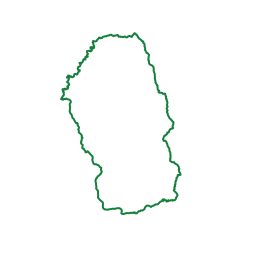 Fak Tha, Uttaradit, Thailand (orthographic projection), rotated 129°
{"feature_id": "78962969B71814319942483", "entity_name": "Fak Tha", "entity_type": "district", "adm_level": 2, "iso_a3": "THA", "parent_name": "Thailand", "parent_adm1": "Uttaradit", "projection": "orthographic", "projection_center": [100.869, 18.015], "detail": "fine", "context": "isolated", "style": "outline", "palette": "green", "viewbox_px": 256, "rotation_deg": 129, "n_neighbors": 0, "source": "geoboundaries", "source_scale": "gbopen_adm2", "svg_char_len": 5833}
<svg xmlns="http://www.w3.org/2000/svg" viewBox="0 0 256 256"><g transform="rotate(129 128 128)"><path d="M146.0,53.4L145.8,54.0L145.1,54.3L144.7,54.8L143.6,54.7L142.8,55.8L141.7,55.8L140.2,57.2L139.3,57.3L138.7,57.8L137.8,57.8L137.0,58.2L136.4,58.9L134.5,58.8L133.7,59.5L133.2,59.7L132.9,59.5L131.6,57.9L131.3,57.8L130.9,58.1L130.1,59.3L130.0,60.3L129.6,60.9L128.3,62.4L127.5,62.4L127.3,63.1L126.2,64.2L126.1,65.0L125.5,66.3L126.0,68.7L125.9,69.3L126.0,70.0L125.6,70.6L126.9,72.4L126.9,73.4L127.1,74.1L127.0,74.5L126.4,75.2L125.2,75.6L125.0,76.2L124.2,76.4L122.8,77.3L122.5,78.0L120.6,79.5L119.7,81.3L117.9,83.1L117.7,84.0L117.3,84.8L117.3,85.5L115.5,87.8L115.3,88.6L114.6,89.7L114.5,91.1L115.5,92.2L114.7,93.6L111.7,94.8L110.9,94.4L110.2,94.6L109.2,94.0L108.0,93.9L106.8,94.6L106.1,93.7L105.8,93.6L103.8,94.3L102.6,94.4L101.8,94.3L100.3,93.0L99.9,92.9L99.4,93.1L99.2,93.9L98.3,94.7L96.3,95.3L95.0,96.3L94.8,96.7L95.0,97.4L94.5,98.4L94.7,99.1L94.3,99.8L94.3,101.2L94.1,102.4L93.6,103.1L93.3,104.1L92.3,105.9L91.6,106.5L91.2,107.6L90.5,108.2L89.5,108.2L88.8,109.7L88.4,110.2L87.7,110.5L86.5,110.6L85.9,112.0L83.5,113.3L82.2,115.0L81.9,115.8L81.2,116.2L81.2,117.1L79.6,118.1L79.5,118.9L78.1,120.6L78.5,121.6L79.4,122.1L79.4,123.7L79.9,124.8L80.8,125.9L80.9,126.4L80.8,126.9L79.5,127.3L79.5,128.7L79.3,129.2L77.2,131.3L76.6,131.5L76.6,132.2L76.2,132.8L75.3,135.4L74.4,136.0L72.6,138.4L71.7,138.9L70.5,140.2L69.4,140.9L67.5,143.9L66.9,144.5L66.0,145.0L65.5,145.7L64.7,146.4L64.5,146.9L64.3,148.6L64.9,151.2L64.5,152.2L63.8,153.1L62.8,153.7L62.6,154.7L62.1,154.9L61.4,155.8L60.5,156.1L59.5,157.0L58.3,157.4L57.9,157.8L57.5,159.8L57.9,161.0L56.9,162.9L56.7,163.9L55.2,164.8L54.1,166.6L52.2,168.2L52.2,169.9L51.3,170.4L51.2,170.7L51.7,171.7L51.3,173.4L51.5,175.3L51.4,176.2L51.2,176.6L51.2,177.3L50.5,178.4L50.4,178.9L50.5,179.6L50.0,180.2L50.3,181.3L50.1,181.9L50.3,182.6L51.7,182.7L52.2,182.5L53.4,182.8L54.4,182.3L54.9,182.5L55.5,184.8L56.8,185.6L57.8,185.6L58.3,185.9L58.7,186.7L58.8,187.9L59.1,188.3L60.1,188.7L61.2,190.4L61.7,190.8L61.9,191.9L62.8,192.4L62.9,193.1L62.5,193.6L62.2,194.5L63.1,195.3L63.9,195.7L64.4,196.4L65.8,197.2L65.8,198.0L66.1,198.7L66.1,199.7L66.9,200.6L68.1,201.0L68.8,201.9L70.6,202.8L71.1,203.5L72.8,204.7L73.5,205.0L74.3,204.9L74.7,205.1L75.2,205.7L75.2,205.9L75.7,206.1L75.9,206.8L75.9,207.2L76.0,207.4L77.3,207.2L79.2,207.4L80.2,207.2L81.3,207.9L81.7,208.6L82.1,208.9L82.3,209.8L83.6,209.4L84.1,208.2L84.9,207.5L86.0,205.5L87.2,204.9L87.8,204.9L88.1,205.9L88.0,206.3L87.7,206.6L87.9,207.1L88.2,207.4L88.7,207.4L88.9,207.8L89.4,207.6L89.7,206.4L90.1,205.9L90.1,205.2L90.5,205.0L91.6,205.0L92.0,205.5L92.2,206.6L94.1,208.2L94.7,207.8L95.1,207.0L95.7,206.2L95.7,205.7L97.1,205.8L97.5,205.7L97.7,205.3L97.6,204.6L97.8,204.3L99.3,204.7L99.6,205.7L100.9,205.2L101.6,204.4L102.6,205.8L102.9,205.8L103.1,205.5L104.7,204.9L106.0,204.9L106.8,205.3L107.0,205.8L107.9,206.5L108.2,206.1L107.8,205.4L107.8,205.0L108.9,204.9L109.6,204.3L110.3,204.2L110.9,204.4L111.7,205.1L113.2,204.7L114.1,203.6L114.2,203.0L113.5,202.0L113.7,201.6L114.6,201.4L116.0,201.8L117.0,201.6L118.1,201.1L118.6,201.4L119.0,202.8L119.7,203.5L120.5,203.3L122.0,202.5L123.4,203.0L123.9,203.7L123.7,204.4L123.8,205.0L124.8,205.2L125.1,205.5L125.0,205.9L124.4,206.7L124.6,207.2L125.0,207.5L126.7,207.4L127.1,207.3L127.2,207.1L126.1,206.1L126.1,205.7L126.7,205.0L128.8,204.3L130.5,204.3L130.6,202.3L130.9,201.5L131.5,200.9L132.2,201.2L134.1,201.2L134.4,200.8L134.1,200.0L135.2,199.6L136.7,200.3L137.3,200.9L137.0,201.4L137.2,201.8L137.9,202.1L138.9,203.1L139.2,203.2L139.4,203.0L139.3,201.9L140.1,201.9L140.7,201.5L140.6,200.3L141.8,199.6L142.3,198.9L143.3,198.5L144.3,198.7L145.5,198.4L147.0,198.4L147.6,198.1L147.6,197.8L146.6,197.1L146.8,196.3L145.4,195.9L144.8,194.6L144.0,194.5L144.0,194.1L143.7,193.5L143.7,193.0L143.4,192.6L143.0,191.6L142.9,190.5L143.2,189.5L143.5,189.0L144.1,188.6L145.5,188.5L146.4,188.1L147.0,187.6L148.0,186.2L149.1,185.6L151.8,183.7L152.8,182.1L153.0,180.5L155.1,177.4L155.1,175.8L155.8,174.6L156.8,171.6L156.1,170.6L156.2,169.9L157.4,169.2L158.2,166.8L158.5,166.4L159.2,166.0L160.3,165.9L160.8,164.7L162.4,163.5L162.4,161.0L162.7,159.7L163.2,158.9L164.1,158.4L164.3,157.2L165.4,157.2L166.8,156.3L167.7,156.1L168.0,155.6L168.9,155.5L169.6,154.5L169.7,152.8L169.8,152.4L172.3,151.0L172.1,148.9L172.5,148.3L172.8,146.3L173.5,145.7L172.8,145.0L171.6,144.7L171.4,144.1L171.8,143.2L171.7,142.2L172.1,140.9L172.3,137.8L173.7,136.3L174.8,136.0L175.9,134.9L177.4,132.2L177.3,131.3L176.1,129.8L176.0,128.5L175.6,127.6L175.6,126.8L176.0,125.6L176.0,124.7L175.7,124.0L175.8,123.7L177.6,122.6L178.3,121.0L179.7,120.7L180.0,120.4L180.7,120.3L181.3,120.5L182.4,120.5L184.0,120.8L184.8,121.2L186.3,120.7L187.4,121.0L188.3,120.5L189.0,120.4L189.8,119.8L190.9,118.3L192.3,117.0L193.3,115.8L195.0,114.7L195.4,113.5L195.7,111.8L196.7,111.0L199.2,108.7L200.9,107.6L201.2,106.9L201.7,103.5L201.6,101.7L201.8,100.7L202.9,99.5L204.9,98.2L205.9,96.8L206.0,95.1L204.4,92.6L200.2,88.9L198.8,87.0L197.5,86.3L195.7,84.2L195.5,82.5L195.7,81.3L196.1,80.8L198.4,79.5L198.5,78.8L198.2,78.1L197.5,77.2L195.0,75.6L193.2,73.1L192.1,72.6L191.3,71.2L189.8,70.3L189.5,69.7L190.0,69.4L188.8,67.5L187.7,67.4L186.6,67.4L185.8,67.2L185.2,66.3L184.2,66.2L183.7,65.9L183.1,64.9L180.9,64.2L180.4,64.2L179.2,64.8L176.8,64.7L175.7,63.6L175.2,62.5L174.8,60.4L173.5,60.1L171.6,59.0L170.3,58.7L169.0,57.3L168.1,56.8L164.9,56.5L163.3,55.5L162.5,55.6L162.2,56.0L161.5,55.9L161.4,55.7L161.7,54.9L161.2,55.1L160.7,55.0L160.6,54.8L160.6,53.2L160.4,52.9L160.7,52.1L160.1,52.1L159.7,51.5L159.8,51.0L158.8,51.1L158.8,50.4L158.1,49.7L157.1,49.2L156.7,48.7L156.5,47.9L155.9,47.9L155.8,47.3L154.6,46.3L153.4,46.2L152.5,46.4L151.6,46.9L149.7,47.0L149.1,47.2L148.7,47.7L148.0,49.6L147.9,51.8L147.7,52.9L147.4,53.2L146.0,53.4Z" fill="none" stroke="#15803d" stroke-width="2"/></g></svg>